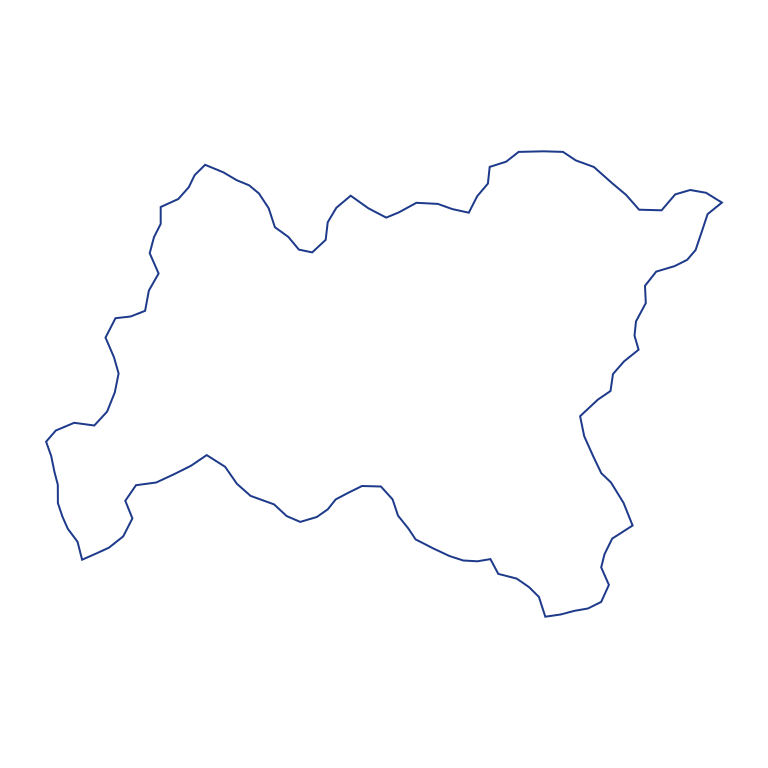 Patrocínio do Muriaé, Minas Gerais, Brazil (Albers equal-area conic projection)
{"feature_id": "56859067B72452830054870", "entity_name": "Patrocínio do Muriaé", "entity_type": "district", "adm_level": 2, "iso_a3": "BRA", "parent_name": "Brazil", "parent_adm1": "Minas Gerais", "projection": "albers", "projection_center": [-42.255, -21.171], "detail": "fine", "context": "isolated", "style": "outline", "palette": "blue", "viewbox_px": 768, "rotation_deg": 0, "n_neighbors": 0, "source": "geoboundaries", "source_scale": "gbopen_adm2", "svg_char_len": 1722}
<svg xmlns="http://www.w3.org/2000/svg" viewBox="0 0 768 768"><path d="M601.2,601.9L608.9,584.9L601.2,567.4L604.5,554.2L612.2,538.6L632.6,525.5L623.5,502.8L611.0,482.5L601.3,473.2L593.3,456.5L584.2,436.2L580.1,416.2L598.0,399.5L610.5,391.0L613.0,374.0L624.0,361.4L638.6,349.7L634.5,335.7L636.0,321.4L645.8,303.1L645.0,285.8L656.2,271.6L674.6,266.1L687.2,259.8L695.6,250.0L702.7,228.9L707.6,214.1L721.9,202.6L706.1,192.8L690.2,190.0L675.2,194.4L661.6,210.3L639.1,209.7L626.1,194.9L611.8,182.9L593.9,167.0L575.8,160.4L563.0,151.9L543.4,151.3L518.6,151.9L506.1,161.7L489.7,166.9L487.9,183.6L477.2,196.2L468.8,212.7L452.4,209.1L437.8,203.9L416.4,202.8L398.8,212.4L386.2,217.6L368.4,208.3L350.7,195.7L336.4,207.7L327.7,222.3L325.7,239.8L312.2,252.4L298.9,249.6L288.4,237.0L274.9,227.2L268.7,208.3L259.0,193.5L249.1,185.3L236.5,180.1L223.5,172.4L205.1,164.8L194.6,175.2L188.8,187.2L178.3,199.0L160.7,207.0L160.7,223.9L154.0,237.1L149.7,253.2L158.6,273.5L148.9,290.5L145.1,310.8L130.6,316.5L115.5,318.2L105.5,337.6L114.0,357.3L118.6,373.5L114.8,392.4L107.1,411.6L94.3,425.5L74.2,422.8L55.8,430.5L46.1,441.7L51.2,456.0L54.5,472.1L57.8,484.7L57.9,503.1L62.5,516.8L67.8,528.8L77.5,541.7L82.1,559.7L94.4,554.3L108.9,547.7L123.2,536.4L132.4,518.4L125.3,500.8L136.0,485.2L156.2,482.5L174.5,474.0L190.9,465.8L206.7,455.1L225.1,466.8L236.9,483.8L250.6,495.9L274.1,504.4L286.7,516.1L300.2,521.9L316.8,517.0L327.8,509.3L335.7,499.4L348.2,492.8L362.0,486.0L380.9,486.5L392.6,499.4L398.0,515.6L408.5,528.7L415.6,539.4L433.2,548.4L449.6,556.1L463.3,560.5L477.4,561.3L490.4,559.1L498.3,573.9L516.7,578.6L529.0,587.1L538.9,596.9L545.3,616.7L560.6,614.5L574.1,610.9L587.9,608.5L601.2,601.9Z" fill="none" stroke="#1e3a8a" stroke-width="2"/></svg>